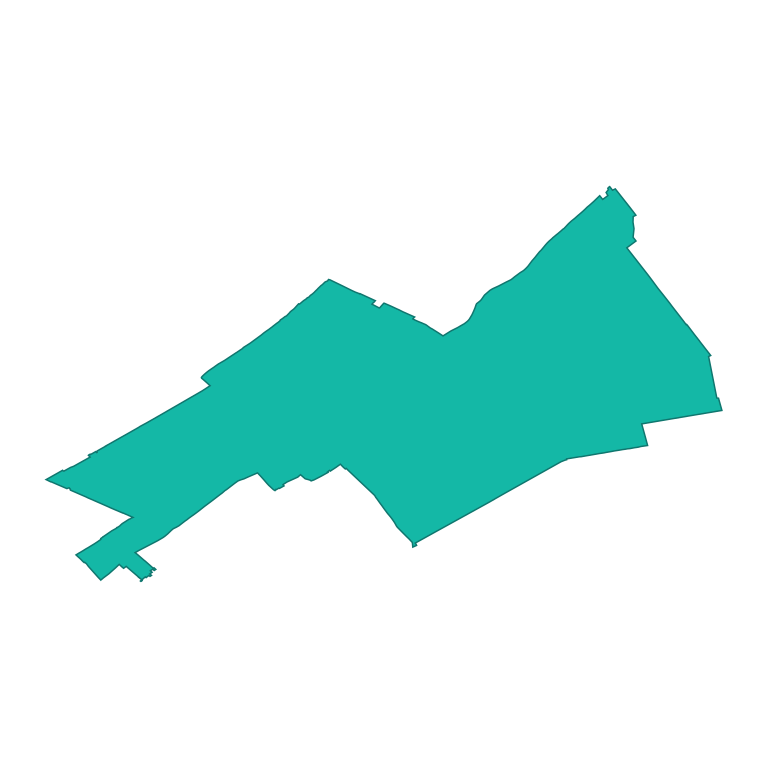 outline of Leidschendam-Voorburg, Zuid-Holland, Netherlands
{"feature_id": "6326949B15428140131776", "entity_name": "Leidschendam-Voorburg", "entity_type": "district", "adm_level": 2, "iso_a3": "NLD", "parent_name": "Netherlands", "parent_adm1": "Zuid-Holland", "projection": "robinson", "projection_center": [4.405, 52.093], "detail": "fine", "context": "isolated", "style": "filled", "palette": "teal", "viewbox_px": 768, "rotation_deg": 0, "n_neighbors": 0, "source": "geoboundaries", "source_scale": "gbopen_adm2", "svg_char_len": 5822}
<svg xmlns="http://www.w3.org/2000/svg" viewBox="0 0 768 768"><path d="M412.8,547.1L416.6,545.4L416.2,544.5L415.2,543.1L435.2,532.0L488.8,502.4L494.2,499.3L495.2,498.7L504.7,493.3L561.1,461.7L564.9,460.2L566.7,459.7L566.6,458.9L579.4,456.8L581.1,456.7L586.8,455.7L590.4,455.1L599.5,453.5L603.8,452.9L606.2,452.4L610.9,451.6L614.5,450.9L619.1,450.2L622.4,449.6L625.4,449.2L627.5,448.8L629.8,448.6L634.5,447.7L636.8,447.4L638.5,447.1L640.8,446.5L647.6,445.5L645.4,437.3L641.7,423.9L662.4,420.4L721.9,410.4L718.5,398.2L717.4,398.1L716.8,398.0L708.6,356.5L710.7,355.5L700.6,342.5L699.6,341.2L699.4,340.8L698.8,340.1L694.4,334.5L687.5,325.4L686.6,324.4L686.2,324.7L683.6,321.2L672.2,306.5L669.9,303.4L663.7,295.5L658.1,288.5L651.9,280.1L647.9,274.8L633.2,256.0L626.8,247.8L636.0,241.0L633.1,237.3L634.0,228.7L633.0,222.1L633.2,216.6L635.9,215.2L629.9,207.4L615.3,188.9L612.5,190.2L609.7,186.6L608.8,187.2L607.8,188.3L608.4,189.6L606.1,192.5L607.9,195.6L602.7,199.4L599.7,195.7L593.7,201.5L589.3,205.4L587.2,207.1L585.2,209.1L582.5,211.6L577.6,215.8L574.8,218.3L571.3,221.1L568.5,223.7L563.9,228.6L563.0,229.1L560.9,231.0L558.2,233.3L557.3,234.1L556.6,234.5L556.1,235.0L552.6,237.9L552.2,238.4L549.0,241.2L547.1,243.1L545.6,244.8L545.1,245.4L541.3,250.0L540.2,251.1L539.6,251.6L539.4,251.9L536.8,255.1L535.0,257.4L532.1,260.7L527.9,266.3L526.1,268.2L524.2,270.0L523.0,270.9L522.4,271.3L520.4,272.5L517.3,274.8L514.6,276.8L512.3,278.7L510.8,279.8L509.2,280.6L506.3,282.0L498.6,286.0L493.1,288.5L491.8,289.2L489.9,290.4L484.7,294.9L484.2,295.5L482.2,298.4L481.2,299.8L480.1,300.9L479.4,301.5L476.6,303.7L476.1,304.7L475.0,307.9L473.8,310.8L472.8,313.0L471.9,314.9L471.0,316.4L469.3,319.2L468.5,320.2L467.4,321.3L466.3,322.2L464.2,323.8L463.1,324.4L457.2,327.8L451.0,330.9L443.0,335.9L438.6,333.0L435.9,331.3L432.1,328.9L431.3,328.5L429.9,327.7L426.3,325.0L425.4,324.5L423.5,323.7L421.5,322.8L419.9,322.2L418.2,321.5L415.5,320.3L412.8,318.9L412.9,318.7L414.1,317.4L414.6,317.0L402.9,311.8L399.9,310.3L399.4,310.0L397.1,309.0L391.1,306.2L384.2,303.2L383.8,303.2L379.6,307.9L379.1,307.9L372.0,304.2L372.6,303.4L374.5,301.7L374.7,301.4L374.9,301.1L375.3,300.7L359.9,293.6L359.6,293.9L358.7,293.4L356.6,292.6L355.5,292.2L351.8,290.5L342.5,285.9L329.9,279.8L329.5,279.7L328.8,279.6L328.5,279.5L327.6,280.9L327.4,281.0L325.9,281.6L325.1,282.0L324.7,282.3L322.9,284.1L321.5,285.3L321.1,285.5L318.1,288.4L317.2,289.4L315.1,291.4L314.4,292.2L312.6,293.8L311.8,294.4L310.5,295.3L310.2,295.6L309.0,296.9L308.7,297.2L308.3,297.4L307.4,297.7L305.7,299.3L304.4,300.1L303.4,300.8L299.6,304.0L299.4,304.1L298.8,303.8L298.6,303.8L294.9,307.9L293.6,309.2L291.1,311.1L290.5,311.6L290.1,312.0L289.8,312.5L286.6,315.8L286.0,316.2L285.3,316.4L282.4,318.6L280.3,320.0L280.1,320.6L279.5,321.2L277.8,322.6L277.0,323.1L276.2,323.7L274.3,325.2L269.0,329.3L267.8,330.1L266.5,331.0L264.8,332.2L263.6,333.1L261.2,335.1L250.3,343.1L243.4,347.5L243.0,347.9L242.7,348.3L242.1,348.8L224.1,360.7L218.5,363.9L217.2,364.8L213.3,367.6L208.9,370.6L206.6,372.4L204.3,374.4L202.4,376.2L201.4,377.4L201.6,378.2L203.3,379.6L210.1,385.7L202.3,390.8L158.5,416.1L150.8,420.5L146.6,422.9L140.1,426.4L138.6,427.4L134.4,429.8L105.7,446.0L105.8,446.1L97.1,451.0L97.1,452.4L96.8,452.6L95.7,451.6L90.4,454.6L90.1,454.2L89.0,454.8L88.4,455.3L90.1,457.1L73.6,466.3L70.6,467.4L63.9,471.1L62.9,470.7L62.6,470.3L46.1,479.6L49.0,481.0L48.9,481.0L50.9,481.9L51.1,481.8L66.9,488.6L69.1,487.8L69.5,488.2L69.9,488.7L70.1,489.3L70.2,489.2L70.6,490.2L87.1,497.4L86.9,497.4L101.1,503.6L109.7,507.4L109.8,507.5L115.6,510.0L122.7,513.0L122.8,512.9L132.6,517.2L133.0,517.4L132.0,517.8L131.0,518.3L130.3,518.8L128.7,519.4L128.6,519.5L125.2,521.7L122.2,523.6L120.2,525.4L120.1,525.6L119.5,526.1L117.6,527.3L117.3,527.4L117.4,527.5L115.6,528.7L111.8,530.8L103.1,536.8L102.9,536.8L102.8,537.1L100.8,538.5L100.7,538.7L100.9,539.2L100.8,539.4L100.7,539.5L97.6,541.7L94.4,543.8L87.2,548.2L86.7,548.4L82.7,550.9L79.5,552.8L79.4,552.8L76.0,554.9L78.8,557.5L79.1,557.7L81.0,559.5L82.7,561.3L83.7,562.2L84.2,562.6L84.7,562.3L86.5,563.8L88.4,566.4L98.3,577.5L100.8,580.1L101.1,579.7L101.9,579.2L103.4,577.9L109.0,573.7L115.6,567.8L119.2,564.4L121.9,566.9L123.6,568.3L126.2,566.4L137.6,576.2L138.3,577.0L138.4,576.9L139.3,577.8L139.4,577.7L139.9,578.2L141.3,579.4L141.8,579.8L140.4,581.0L140.9,581.4L141.2,581.3L142.0,580.7L141.9,580.6L142.4,579.7L142.6,579.2L145.3,576.9L146.1,577.6L148.9,575.5L150.0,576.4L151.5,575.4L149.8,573.9L152.1,572.3L150.4,570.8L152.7,569.2L154.2,570.5L155.8,569.4L154.0,567.8L153.3,568.3L149.4,564.8L145.2,561.1L143.9,560.1L137.8,554.8L135.1,552.6L136.4,551.9L138.8,550.5L157.5,540.8L162.1,538.1L163.1,537.5L164.8,536.3L167.8,533.8L168.1,533.5L171.3,530.4L173.3,528.7L176.6,527.1L178.1,526.2L178.6,526.0L179.3,525.5L182.6,522.9L185.5,520.7L186.7,519.9L189.5,517.7L195.4,513.5L200.0,510.0L201.1,509.1L204.5,506.4L210.8,501.7L220.3,494.4L222.1,493.1L224.5,491.0L225.2,490.4L226.4,489.7L234.7,483.3L237.9,481.0L239.8,480.2L240.9,479.8L244.1,478.8L246.9,477.5L248.7,476.7L257.5,472.9L260.3,475.8L263.7,479.6L266.7,483.1L268.8,485.4L269.7,486.2L272.8,489.1L273.8,489.9L274.0,490.0L274.3,490.2L275.0,490.6L275.7,489.9L275.9,489.5L276.2,489.7L278.8,488.2L279.5,488.4L284.0,485.9L283.1,484.8L283.0,484.6L283.3,484.4L287.2,481.9L297.8,477.1L300.5,474.7L305.2,478.8L308.3,479.6L310.2,480.2L311.1,480.9L314.0,479.9L321.2,476.2L328.0,472.4L327.5,472.0L329.5,470.4L330.3,471.1L335.8,467.5L340.4,464.2L342.2,466.1L343.1,467.0L343.5,467.4L345.3,469.0L346.2,468.4L349.5,471.6L374.0,494.8L374.7,495.5L375.8,497.4L376.9,498.8L380.1,503.3L381.9,505.7L384.1,508.8L387.6,513.5L390.5,516.9L392.3,519.3L394.5,522.5L395.8,524.8L396.2,525.6L397.0,526.8L397.4,527.3L402.9,532.9L406.8,536.8L408.8,538.7L411.9,542.0L412.2,542.3L412.4,543.1L412.8,547.1Z" fill="#14b8a6" stroke="#0f766e" stroke-width="1.5"/></svg>